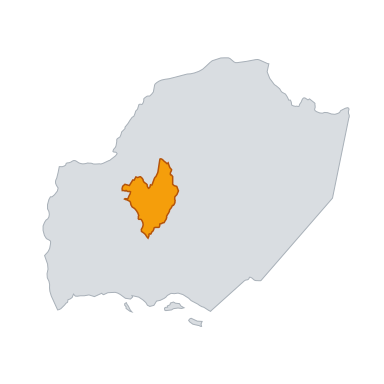 Iringa on a map of United Republic of Tanzania (Albers equal-area conic projection), rotated 102°
{"feature_id": "TZA-3386", "entity_name": "Iringa", "entity_type": "Region", "adm_level": 1, "iso_a3": "TZA", "parent_name": "United Republic of Tanzania", "parent_adm1": "", "projection": "albers", "projection_center": [35.62, -7.961], "detail": "fine", "context": "in_parent", "style": "filled", "palette": "amber", "viewbox_px": 384, "rotation_deg": 102, "n_neighbors": 0, "source": "natural_earth", "source_scale": "10m", "svg_char_len": 6063}
<svg xmlns="http://www.w3.org/2000/svg" viewBox="0 0 384 384"><g transform="rotate(102 192 192)"><path d="M142.5,271.0L138.4,268.9L134.5,267.5L131.4,266.1L130.0,264.6L127.1,264.1L124.6,263.9L122.3,262.5L117.5,262.1L116.9,261.2L116.8,259.2L116.0,258.7L114.2,258.2L112.3,258.2L111.2,258.5L110.5,258.4L109.0,257.2L107.5,255.7L106.9,253.3L104.7,251.8L102.2,250.6L95.1,250.8L94.0,250.5L92.4,249.3L90.4,247.3L88.8,245.0L87.4,241.9L85.9,237.8L77.6,221.2L76.7,218.0L75.1,214.5L72.5,210.3L69.7,207.1L65.9,204.3L61.7,201.4L59.4,199.5L54.9,191.7L54.0,188.1L53.2,184.3L53.5,182.7L56.1,177.8L56.4,176.4L56.0,174.5L54.6,170.6L52.9,165.9L49.3,157.3L48.7,155.2L48.8,153.5L50.7,144.7L50.6,143.5L58.8,143.5L64.7,139.6L69.8,133.8L70.8,131.4L72.8,127.7L74.9,125.8L75.7,124.6L76.8,120.9L79.5,118.3L82.1,116.4L81.6,115.1L82.0,114.6L83.4,113.6L86.2,112.6L86.7,110.7L86.7,108.5L86.2,107.3L86.3,105.9L85.8,105.1L84.0,105.0L81.3,103.9L78.9,103.5L77.4,102.9L76.8,102.4L76.5,101.1L77.8,97.7L76.5,96.4L79.3,90.8L79.8,90.1L80.8,90.0L82.4,89.4L84.0,89.1L85.2,89.3L86.1,89.1L86.9,88.4L87.6,86.5L88.1,83.4L87.8,80.8L86.6,78.9L86.2,75.9L86.7,71.8L86.3,68.4L84.9,65.8L83.6,64.2L81.5,63.5L78.2,59.4L77.2,57.4L77.4,56.2L78.5,55.6L80.5,55.8L82.5,55.3L84.2,54.2L86.0,53.8L86.9,54.0L168.8,53.3L264.2,106.1L264.6,106.7L265.4,111.3L265.2,112.8L263.7,115.5L263.3,116.8L263.3,117.8L263.6,118.1L264.9,118.3L265.9,118.9L266.3,119.4L267.1,121.4L268.1,122.4L304.1,148.6L304.9,149.0L304.3,151.2L302.3,156.4L302.1,158.6L301.3,161.2L300.5,162.9L298.4,170.3L296.6,173.1L294.2,179.6L293.8,184.6L295.1,188.1L295.5,191.4L298.3,194.6L300.5,195.8L302.0,197.3L304.6,200.6L306.1,204.0L310.8,205.7L312.7,209.5L312.0,212.1L309.7,214.2L307.7,217.7L305.9,222.2L305.8,229.2L307.0,228.2L309.5,229.9L309.8,235.1L307.1,241.0L306.3,243.8L306.1,246.2L308.0,253.4L310.8,257.1L310.5,258.3L309.8,259.2L314.6,265.7L314.1,271.4L315.9,275.8L316.7,279.6L317.8,282.5L318.1,284.5L316.5,286.7L320.1,287.3L322.1,289.1L323.1,290.9L325.7,290.8L327.0,292.1L329.0,293.1L333.4,296.0L334.6,297.5L335.3,298.9L323.0,308.0L318.6,310.4L315.5,311.4L312.2,312.0L309.0,313.4L306.0,315.7L302.1,316.8L297.4,316.8L292.5,318.3L284.8,323.0L280.3,320.4L276.8,319.5L272.7,319.6L270.2,319.9L269.3,320.4L268.6,322.1L267.9,324.7L265.2,327.3L260.5,329.7L256.2,330.6L252.3,329.9L249.7,328.9L248.3,327.5L246.2,326.8L243.5,326.9L240.9,327.9L238.5,329.8L234.5,330.7L229.1,330.4L226.2,329.5L225.8,327.9L223.4,326.0L219.1,323.9L215.9,323.8L213.8,325.9L211.9,327.2L210.2,327.7L208.7,327.7L206.5,327.2L200.5,327.0L194.8,327.1L194.2,324.1L193.1,322.3L192.0,321.2L190.1,321.0L189.5,320.1L188.9,318.3L187.9,316.7L186.6,315.4L185.8,314.2L185.6,313.1L185.8,311.9L187.0,308.8L187.3,306.7L187.2,304.6L186.5,302.4L185.2,299.8L185.3,299.1L184.9,297.3L184.8,296.0L185.1,294.5L184.8,292.5L183.6,288.1L183.6,287.0L182.4,284.9L178.6,279.9L178.4,279.3L172.5,274.3L170.1,273.2L169.2,274.1L168.9,275.0L169.2,276.6L169.0,277.4L168.8,277.8L167.4,277.7L166.5,277.5L164.2,276.2L162.5,275.9L158.1,276.1L156.6,276.5L155.4,276.2L153.1,273.9L150.4,273.4L147.9,273.3L143.9,270.7L142.5,271.0ZM311.6,187.5L313.5,193.0L313.3,194.0L311.9,194.6L311.2,194.7L310.3,193.8L309.7,191.9L308.6,192.4L306.9,190.1L305.1,190.0L303.5,187.3L304.2,185.0L303.8,181.1L305.8,179.1L306.9,175.7L308.1,178.0L308.4,181.6L310.0,185.9L311.6,187.5ZM321.5,154.7L321.6,156.0L321.2,157.2L321.2,161.1L321.1,163.7L319.5,167.3L318.3,168.6L317.3,168.2L316.4,167.6L315.7,166.6L317.2,160.0L316.5,155.2L319.3,155.7L321.5,154.7ZM316.7,234.3L315.3,234.6L314.8,234.2L313.9,233.2L315.4,232.2L316.9,230.5L320.2,227.9L321.8,225.8L321.6,227.8L319.6,232.3L318.0,232.6L316.7,234.3Z" fill="#d9dde1" stroke="#a8b0b8" stroke-width="1"/><path d="M233.7,218.0L234.3,220.6L234.7,221.4L235.5,221.7L235.8,221.7L236.4,221.6L236.7,221.7L237.9,221.9L238.4,222.2L238.9,222.5L239.1,222.8L239.8,223.0L240.3,223.2L241.0,223.3L241.4,223.4L241.6,223.5L241.8,223.7L241.8,223.8L241.7,224.6L241.8,224.9L241.9,225.1L242.4,225.3L242.8,225.3L243.2,225.1L243.5,225.0L245.0,225.1L245.4,225.3L245.5,225.3L245.8,225.3L246.3,225.4L245.0,227.1L243.2,228.8L242.0,230.9L241.1,233.2L239.1,233.8L236.9,233.1L234.4,232.9L232.2,233.7L230.3,235.1L229.5,235.9L229.5,236.2L229.4,236.5L229.5,237.0L229.6,237.4L229.8,238.3L229.3,239.0L227.8,239.2L227.0,239.4L226.1,239.2L223.8,240.6L221.8,242.5L220.1,244.7L219.1,247.4L217.3,249.0L214.9,250.1L214.1,250.8L213.2,254.1L213.2,255.4L212.9,256.5L212.4,256.1L212.2,253.9L211.8,253.3L208.9,252.8L206.5,252.1L204.5,252.2L204.4,253.3L204.8,254.4L204.8,255.5L204.2,256.5L204.2,256.9L204.7,257.1L204.9,257.6L204.8,259.5L205.1,260.5L203.2,261.1L200.8,261.0L198.4,259.2L198.7,254.6L192.5,252.4L192.5,251.1L188.9,250.0L189.2,248.3L188.8,247.5L188.2,246.7L187.8,245.6L188.3,244.5L189.1,243.4L190.0,242.5L191.1,242.1L192.0,241.4L192.7,240.3L193.6,238.2L194.2,237.4L195.6,237.0L196.7,236.1L197.4,235.3L196.6,234.5L195.5,234.1L194.2,234.2L193.6,234.1L193.7,233.4L193.4,232.6L186.4,231.6L185.3,231.2L184.4,230.5L180.6,229.6L179.3,229.5L167.3,230.2L166.3,230.1L166.0,229.3L166.2,228.2L166.6,227.3L167.3,226.3L167.9,225.3L168.6,223.7L169.1,223.1L169.5,222.3L169.1,221.9L168.4,221.4L170.7,220.1L172.8,218.7L173.6,217.6L174.4,216.6L175.6,216.6L176.8,217.0L178.0,217.1L179.2,216.9L179.7,216.5L179.6,215.7L180.9,214.1L188.5,212.5L189.5,210.7L189.7,208.1L190.7,207.4L191.8,206.8L192.2,206.4L192.7,206.2L193.2,205.9L193.6,205.5L194.6,205.6L195.7,205.9L196.7,206.0L197.8,206.3L200.3,207.8L202.9,207.4L203.4,206.9L204.1,206.7L205.0,206.7L205.8,206.5L207.1,206.7L208.3,207.1L208.9,207.4L209.2,207.9L209.2,208.3L209.6,208.5L210.8,208.7L212.0,209.1L213.9,210.1L214.8,210.2L215.6,210.1L217.9,210.7L218.1,210.8L218.6,211.1L219.0,211.2L219.4,211.3L220.4,211.7L221.0,211.8L222.5,211.4L222.8,211.5L223.0,211.6L223.3,211.6L223.9,211.6L224.2,211.7L226.6,212.6L227.1,212.7L227.7,212.9L228.0,213.3L228.1,213.9L228.4,214.5L228.5,214.6L228.9,214.8L229.1,215.0L229.4,215.6L229.5,215.8L229.6,216.0L229.7,216.5L229.8,216.7L230.1,216.9L230.5,216.8L231.2,216.6L232.3,216.6L233.0,216.7L233.4,217.0L233.6,217.4L233.7,218.0Z" fill="#f59e0b" stroke="#b45309" stroke-width="1.5"/></g></svg>